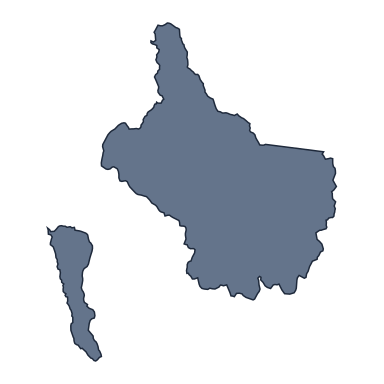 Sítio d'Abadia, Goiás, Brazil (Natural Earth projection)
{"feature_id": "56859067B22155474073709", "entity_name": "Sítio d'Abadia", "entity_type": "district", "adm_level": 2, "iso_a3": "BRA", "parent_name": "Brazil", "parent_adm1": "Goiás", "projection": "natural_earth1", "projection_center": [-46.35, -14.751], "detail": "fine", "context": "isolated", "style": "filled", "palette": "slate", "viewbox_px": 384, "rotation_deg": 0, "n_neighbors": 0, "source": "geoboundaries", "source_scale": "gbopen_adm2", "svg_char_len": 5619}
<svg xmlns="http://www.w3.org/2000/svg" viewBox="0 0 384 384"><path d="M322.9,250.8L323.3,248.9L321.9,244.1L319.5,241.4L317.1,239.4L315.9,232.9L317.8,231.5L319.6,230.3L321.4,230.2L322.7,229.7L324.0,229.3L326.0,228.8L326.8,227.2L326.2,225.4L326.4,222.6L326.1,220.2L327.6,219.8L328.6,218.2L330.9,217.5L332.6,217.5L333.9,216.2L334.1,213.8L334.7,212.2L334.9,210.2L335.3,208.8L334.2,206.0L335.6,201.8L332.6,198.7L332.3,195.5L332.3,193.4L331.6,191.8L333.9,189.9L336.4,186.5L332.9,180.2L335.5,173.4L335.4,170.8L335.0,168.3L333.4,166.6L332.8,164.0L332.7,162.2L332.7,158.7L330.5,158.1L328.3,158.7L325.4,159.2L324.4,157.3L323.4,155.5L322.2,154.1L323.6,151.8L265.5,144.4L263.9,145.1L262.3,145.2L259.7,144.9L258.5,142.5L256.7,139.5L255.8,137.8L254.9,134.8L253.3,133.1L250.5,131.9L249.6,130.3L250.2,128.0L249.5,126.0L249.9,123.6L248.2,122.6L246.0,120.6L243.6,118.6L241.5,117.7L240.4,116.9L238.9,115.9L237.2,114.0L234.3,115.5L232.6,114.9L230.2,114.4L227.8,113.3L226.0,112.8L223.8,113.0L222.4,113.0L220.3,111.8L217.9,111.3L216.2,108.7L215.0,105.4L214.3,103.2L213.7,101.1L213.0,99.1L210.2,97.9L207.7,96.2L206.4,93.9L205.0,92.1L205.0,90.1L203.3,85.7L203.3,83.6L202.2,82.5L200.2,79.6L198.9,75.7L197.7,74.4L195.7,74.5L194.4,73.6L193.5,72.2L191.5,70.6L189.7,68.8L188.3,68.2L187.3,67.1L187.9,64.8L187.8,62.0L187.6,59.8L186.8,57.4L187.2,55.0L187.3,52.0L184.9,48.2L184.3,46.7L183.9,44.6L182.8,43.8L182.2,42.0L181.4,40.1L181.4,38.4L180.2,37.4L179.8,35.2L179.6,31.9L179.4,29.3L177.6,28.1L175.9,27.6L170.7,23.8L169.0,23.2L167.3,23.0L165.1,24.6L162.5,25.8L160.5,25.8L158.0,25.2L154.9,31.0L154.1,32.2L155.2,34.1L155.7,40.4L153.4,42.0L151.0,40.9L150.9,42.6L152.4,43.9L154.6,44.5L156.8,45.5L156.8,47.9L159.2,49.6L158.7,52.1L156.6,54.9L156.9,56.7L156.5,58.3L155.9,59.8L157.1,62.6L158.7,64.0L159.7,65.4L159.5,67.6L159.6,69.3L157.9,70.9L157.5,73.1L155.6,74.7L154.5,77.0L155.4,78.9L156.6,81.7L157.8,84.6L158.7,86.8L158.5,88.6L157.9,90.4L158.1,92.3L160.2,95.2L162.1,95.8L162.9,97.5L163.8,99.2L162.4,100.3L161.8,101.8L161.0,103.2L157.9,103.1L156.6,102.2L156.3,103.8L154.9,104.1L154.2,105.5L153.8,107.2L152.7,108.5L151.4,109.8L149.3,111.2L148.1,112.0L147.2,113.4L146.9,115.4L145.0,116.4L143.2,119.5L143.4,121.8L142.0,123.9L141.1,125.0L140.9,127.0L139.8,128.4L138.5,129.0L136.3,128.5L133.4,128.9L131.8,128.9L129.1,129.1L128.5,127.5L127.1,125.7L125.5,123.2L124.0,122.8L121.6,123.3L118.4,125.3L114.9,129.0L111.1,131.3L109.7,132.7L108.0,134.7L102.8,144.5L102.6,146.6L103.8,150.9L103.1,152.9L102.8,155.2L102.0,158.8L101.6,161.1L101.3,162.9L101.5,165.9L106.0,169.0L107.9,169.4L110.1,168.9L112.2,167.1L113.8,166.8L117.3,168.8L118.4,171.4L118.9,174.5L118.9,177.9L120.0,180.9L121.8,181.4L125.5,180.7L127.3,181.7L128.6,184.7L129.9,187.0L135.3,192.7L136.4,193.7L138.0,194.5L141.4,195.1L144.4,196.1L146.5,196.6L149.7,200.0L151.8,203.0L155.6,205.2L156.9,206.6L158.8,209.9L159.8,211.1L161.0,211.9L164.0,212.8L165.0,216.0L167.9,215.2L169.6,215.2L171.1,216.4L173.1,217.6L178.9,220.5L179.5,222.1L179.9,225.6L181.2,226.0L183.6,226.1L185.1,226.6L185.9,227.9L186.2,229.9L185.4,233.3L185.4,235.2L186.0,239.0L184.1,243.9L185.7,244.5L187.1,244.7L188.4,247.6L190.5,248.7L193.7,248.6L195.0,249.7L194.6,252.9L192.3,257.2L191.0,261.0L189.5,261.4L188.1,262.4L187.2,264.6L187.2,267.3L186.8,269.0L186.5,270.6L186.9,273.4L188.3,273.3L189.1,274.7L190.8,276.2L192.4,279.0L194.3,279.0L197.7,277.8L199.1,284.1L200.0,286.4L201.9,288.4L204.2,289.0L207.8,289.4L209.8,288.2L212.4,288.8L215.0,289.0L218.9,287.1L220.4,285.1L221.8,285.2L223.4,285.8L226.7,284.9L230.0,292.7L231.0,295.9L232.8,296.1L234.3,296.7L236.5,293.4L239.3,293.2L242.1,293.9L243.2,295.5L246.0,297.4L253.1,299.9L254.6,299.1L257.5,293.7L259.2,291.4L260.0,289.1L259.0,284.7L258.6,280.3L257.8,278.2L259.6,276.4L261.0,277.3L260.7,279.9L263.1,282.4L265.1,285.8L267.3,287.4L270.6,288.5L273.3,284.9L275.0,284.5L277.1,284.8L279.0,284.1L281.8,289.8L284.6,293.7L289.8,294.1L294.1,292.8L295.6,290.4L296.3,288.3L296.9,280.1L297.4,277.8L299.1,275.4L304.3,278.2L306.0,277.4L306.6,273.8L308.1,271.3L309.6,266.5L310.8,264.3L312.4,261.2L317.1,259.3L317.4,257.1L318.8,255.6L320.5,252.0L322.9,250.8ZM101.4,356.5L101.0,354.3L99.7,351.2L98.6,349.9L98.0,346.5L97.1,343.8L96.0,341.8L94.4,340.5L93.3,338.4L93.1,336.0L88.3,330.3L89.2,323.6L90.2,320.4L91.8,318.8L94.3,318.0L94.9,315.7L94.4,312.0L92.8,309.7L89.2,308.3L86.9,306.2L87.5,304.5L84.4,302.4L83.7,300.3L83.6,298.4L84.3,295.5L84.1,294.0L83.3,292.0L82.0,290.0L81.3,287.7L82.0,284.5L82.7,280.6L82.7,278.6L82.2,275.8L82.5,272.4L82.9,270.8L84.1,268.6L87.1,266.5L88.4,264.1L89.9,257.9L90.9,254.6L92.0,251.2L92.5,248.4L92.4,245.7L90.6,242.8L89.5,242.0L88.5,239.2L87.7,235.0L86.8,233.9L85.7,233.1L81.2,231.4L79.4,230.9L75.0,230.2L74.4,227.4L71.9,227.8L70.2,226.7L67.0,227.3L65.2,226.2L63.4,226.2L61.6,225.7L59.9,225.9L58.4,226.6L56.3,229.2L54.3,231.3L50.6,231.6L49.6,229.7L47.6,228.1L48.2,229.9L48.2,231.6L48.4,234.2L50.8,234.8L52.2,237.0L51.4,239.2L50.9,241.3L50.4,243.0L50.4,244.7L51.8,245.7L53.3,247.0L54.9,251.6L55.6,253.9L56.0,257.6L57.3,259.8L57.2,261.8L58.0,264.0L57.1,266.7L58.1,269.2L59.8,269.7L60.4,272.7L60.1,275.1L59.9,276.6L60.3,278.8L61.6,280.1L61.7,282.3L63.8,284.0L62.9,285.4L63.4,287.3L63.1,289.0L63.2,291.5L64.3,292.7L65.9,293.8L65.1,295.3L65.9,296.7L67.6,297.1L67.7,301.1L67.0,303.0L68.0,304.2L69.2,306.0L70.1,308.9L71.1,310.3L72.1,313.6L71.8,316.0L72.8,317.2L72.8,320.2L72.8,322.5L71.2,323.8L70.8,325.9L70.9,330.3L73.2,337.0L73.9,338.4L74.0,340.4L74.3,341.9L74.9,343.5L76.5,344.6L78.2,345.2L80.7,348.7L82.2,348.3L84.2,350.2L86.0,351.8L88.0,355.2L90.9,358.1L92.4,358.6L94.0,360.5L95.7,361.0L97.4,359.8L99.4,357.4L101.4,356.5Z" fill="#64748b" stroke="#1e293b" stroke-width="1.5"/></svg>